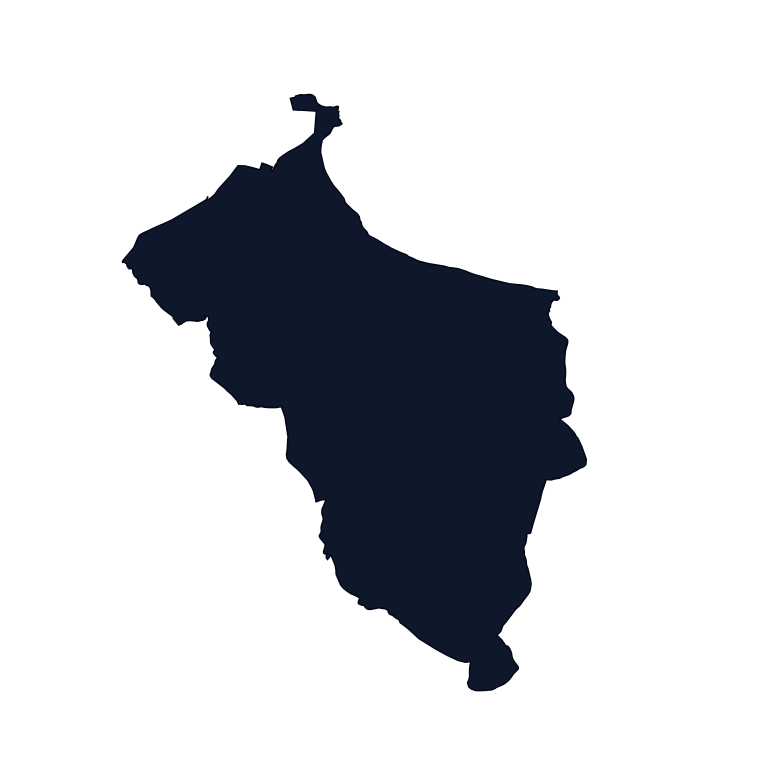 Jaramijo, Manabi, Ecuador, rotated 39°
{"feature_id": "8360857B39254193540064", "entity_name": "Jaramijo", "entity_type": "district", "adm_level": 2, "iso_a3": "ECU", "parent_name": "Ecuador", "parent_adm1": "Manabi", "projection": "orthographic", "projection_center": [-80.625, -0.974], "detail": "fine", "context": "isolated", "style": "filled", "palette": "ink", "viewbox_px": 768, "rotation_deg": 39, "n_neighbors": 0, "source": "geoboundaries", "source_scale": "gbopen_adm2", "svg_char_len": 6170}
<svg xmlns="http://www.w3.org/2000/svg" viewBox="0 0 768 768"><g transform="rotate(39 384 384)"><path d="M460.1,202.9L457.2,205.1L447.1,211.0L442.3,214.3L437.9,215.5L433.1,217.8L428.0,220.9L418.5,227.2L401.6,235.3L391.0,239.6L387.5,241.2L381.1,243.6L376.5,244.9L370.0,247.4L368.4,248.1L361.1,252.7L356.4,254.7L342.9,262.4L335.2,266.0L331.9,267.2L326.8,268.3L323.5,269.4L322.2,269.6L321.2,269.5L320.1,269.6L311.9,272.1L303.6,274.1L300.2,274.5L296.8,275.3L288.7,276.2L280.2,277.9L278.4,278.0L277.6,277.9L275.2,276.6L270.0,275.9L268.4,275.4L266.8,274.6L264.4,272.7L261.8,271.7L259.6,269.6L258.1,269.1L256.4,268.6L254.6,268.5L249.4,268.5L241.0,267.7L239.3,267.2L236.5,265.3L234.9,264.8L231.6,263.9L226.6,262.8L219.9,261.6L215.0,260.0L205.5,256.1L201.3,253.7L189.2,244.1L187.1,241.5L185.2,238.5L182.7,233.8L182.5,232.7L182.8,229.2L184.1,224.1L184.2,223.0L183.0,217.9L183.1,215.3L183.4,214.6L184.7,213.5L186.6,211.4L186.8,210.4L187.6,208.6L187.5,208.2L187.3,208.0L185.9,207.9L184.3,206.6L181.3,206.2L180.9,206.0L180.7,205.7L180.6,204.7L179.9,203.6L178.5,203.1L177.5,200.8L175.5,200.5L175.3,199.2L174.8,198.6L174.1,197.3L173.3,197.3L172.7,197.7L171.0,200.4L170.1,201.3L167.8,202.5L165.4,204.9L163.9,205.9L160.7,207.2L159.0,207.6L157.2,207.8L154.9,207.6L153.6,206.9L151.0,205.1L149.5,204.4L146.6,204.5L145.3,205.0L143.8,205.9L140.0,209.7L137.0,211.8L134.1,215.9L134.3,217.8L132.8,219.3L131.5,220.9L141.0,228.0L146.0,224.4L146.0,224.2L159.7,214.5L172.2,232.7L170.0,247.3L169.3,249.6L166.2,258.1L163.8,263.4L161.9,269.5L160.8,274.0L160.7,275.2L160.8,277.0L162.4,281.1L161.6,281.2L163.2,288.5L161.5,289.0L160.7,285.7L154.5,287.5L150.2,289.1L152.7,295.7L145.1,298.9L138.5,302.2L133.2,306.3L133.7,319.6L132.7,336.7L133.2,342.9L132.7,346.6L131.5,351.6L130.7,352.1L130.0,352.8L130.0,351.7L129.5,349.7L128.7,349.3L129.6,350.5L129.8,352.5L129.6,353.7L117.9,384.8L115.8,390.3L111.4,399.2L108.7,404.1L101.9,418.1L100.9,420.4L100.4,422.2L100.4,423.2L100.9,425.9L103.4,434.2L103.7,436.2L103.4,452.3L103.7,452.3L103.9,452.8L103.9,453.7L104.3,454.0L105.3,452.7L106.9,452.7L108.1,452.4L108.8,452.7L109.4,453.5L110.0,453.7L110.7,454.2L111.4,454.3L111.9,454.7L113.0,454.4L113.6,454.8L113.9,453.9L116.2,452.9L119.0,455.6L122.4,457.2L125.9,457.2L127.7,458.2L128.7,459.4L130.0,460.1L131.1,460.0L132.5,459.4L135.0,457.1L135.9,456.7L137.0,456.7L139.7,455.8L141.5,456.2L143.5,457.4L145.1,458.9L147.7,462.0L150.7,462.0L153.1,462.4L155.6,463.2L163.3,464.6L166.4,464.8L177.6,464.3L179.0,465.6L187.3,467.4L187.6,466.5L188.5,465.5L189.2,462.7L190.0,460.9L190.7,458.8L192.5,457.7L193.1,456.3L194.1,456.2L196.1,454.8L199.7,452.5L200.3,451.9L201.1,450.5L203.0,448.5L204.1,445.8L203.9,444.9L203.5,444.5L202.1,444.0L203.2,443.7L204.7,442.2L205.1,442.1L206.2,443.0L207.6,444.7L208.1,445.8L208.1,447.0L209.2,448.9L210.8,450.2L214.7,451.9L216.6,452.1L216.9,452.3L218.3,455.6L220.9,458.0L223.2,460.9L225.3,462.1L230.8,463.7L231.1,464.3L231.3,466.1L231.6,466.8L232.2,467.3L235.8,468.1L237.3,467.8L237.7,468.1L238.1,469.0L238.4,472.0L239.8,474.5L240.1,475.7L240.7,480.5L241.4,482.1L242.4,484.0L242.8,485.5L243.1,486.0L243.9,486.8L244.7,487.2L246.9,487.8L262.5,487.4L266.9,487.9L271.9,488.0L276.9,488.9L280.3,489.3L283.8,491.1L284.9,490.0L286.8,488.9L287.9,487.3L289.5,486.9L291.2,486.8L294.6,484.1L296.2,483.2L299.3,482.1L300.1,481.6L301.4,480.5L301.8,479.7L302.4,479.1L306.9,476.5L309.7,474.5L315.1,470.1L317.3,467.5L318.7,466.3L327.8,471.9L342.7,485.5L344.0,487.3L344.1,487.7L349.4,494.9L352.2,499.3L352.6,500.3L353.1,500.5L355.5,502.9L359.4,504.1L366.2,504.6L369.5,504.6L374.6,505.1L384.4,506.5L385.9,506.9L393.5,509.9L396.7,511.6L403.9,517.0L405.2,518.3L405.9,517.4L408.1,513.7L411.6,510.1L413.9,517.3L414.6,520.1L415.4,521.4L417.3,523.7L418.4,524.6L420.9,526.2L421.9,527.3L422.6,528.5L424.5,533.4L425.5,535.2L427.8,537.7L428.4,538.6L429.2,542.4L429.7,543.1L431.4,543.9L437.7,545.2L438.7,545.5L439.6,546.2L440.3,547.1L442.5,552.3L443.6,553.4L444.9,553.3L446.1,552.1L446.3,552.2L448.0,554.9L448.8,555.5L450.5,555.9L450.5,550.2L460.1,555.6L463.6,558.6L466.7,562.1L476.8,567.4L481.3,568.3L485.7,568.2L490.6,567.7L494.8,566.4L499.9,565.5L500.8,568.8L502.1,570.6L502.6,570.7L505.2,570.1L507.6,568.8L508.2,568.8L510.1,569.4L512.4,569.5L514.3,568.5L515.7,567.3L520.8,561.2L527.5,557.4L529.4,557.6L530.1,557.8L531.3,558.8L533.3,559.3L536.2,558.4L541.1,558.4L542.7,557.8L544.7,558.1L546.5,559.2L547.4,559.3L551.9,559.0L558.3,559.0L570.1,559.8L572.3,559.8L591.0,557.4L604.3,555.0L615.4,552.2L622.2,549.1L626.3,545.1L627.7,548.1L630.1,551.9L635.0,558.0L635.4,558.8L637.1,563.7L640.5,566.0L642.0,566.1L644.2,566.0L648.4,564.4L654.0,559.8L660.2,553.9L662.0,550.4L662.1,549.4L665.4,543.1L666.3,540.8L667.3,536.1L667.3,531.2L667.0,527.7L667.6,521.8L667.5,520.8L666.8,519.8L666.0,519.3L660.3,517.9L657.1,516.7L654.8,515.2L652.9,513.4L651.5,512.4L650.0,511.5L647.6,510.4L645.2,509.9L644.6,510.1L643.6,510.9L636.2,508.7L629.8,508.3L630.4,502.8L628.4,497.1L628.5,491.7L628.0,476.2L628.7,472.1L628.9,470.0L628.5,464.4L628.3,456.7L627.9,453.8L627.4,452.6L625.5,449.0L624.0,446.7L621.7,444.5L612.4,437.2L608.8,435.1L604.9,431.1L601.1,428.9L600.1,428.0L598.5,426.0L596.4,424.1L595.4,422.7L594.8,421.0L594.2,418.3L593.8,417.5L590.7,412.3L589.1,410.8L591.7,407.7L587.9,399.1L578.2,375.4L574.7,368.5L571.0,358.2L570.0,356.7L571.3,355.4L574.4,353.2L576.8,349.8L579.1,347.4L579.8,346.5L581.0,343.8L585.0,337.1L586.6,332.8L588.2,329.5L589.0,326.5L590.4,324.3L591.2,322.6L591.6,319.7L588.6,315.2L577.3,308.3L568.9,304.2L565.9,303.7L564.5,302.8L561.5,302.0L553.6,300.8L542.3,300.6L547.4,292.6L547.8,289.6L545.6,286.3L542.1,278.2L541.0,276.3L539.3,274.6L538.2,273.9L536.0,272.9L533.8,272.4L529.8,272.2L527.7,271.7L526.3,270.9L522.7,267.6L517.8,260.7L515.4,258.0L511.4,254.2L509.8,252.3L506.3,247.4L503.8,243.4L501.1,237.0L500.5,236.0L499.3,234.6L498.7,234.3L497.2,233.9L495.4,233.8L488.5,234.5L485.9,234.6L479.6,233.9L477.1,233.5L476.3,232.9L475.7,231.4L475.0,230.6L471.4,229.1L468.3,227.2L466.9,225.6L466.5,222.9L464.8,221.4L465.0,219.7L463.1,216.6L462.8,215.2L462.8,212.3L463.4,211.6L465.4,210.3L466.1,209.5L466.4,208.0L466.2,207.0L465.6,206.4L463.3,206.0L461.9,205.4L460.1,202.9Z" fill="#0f172a" stroke="#020617" stroke-width="1.5"/></g></svg>